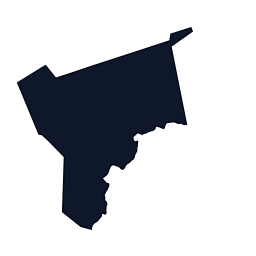 Arraial, Piauí, Brazil, rotated 342°
{"feature_id": "56859067B29996429726150", "entity_name": "Arraial", "entity_type": "district", "adm_level": 2, "iso_a3": "BRA", "parent_name": "Brazil", "parent_adm1": "Piauí", "projection": "albers", "projection_center": [-42.507, -6.65], "detail": "fine", "context": "isolated", "style": "filled", "palette": "ink", "viewbox_px": 256, "rotation_deg": 342, "n_neighbors": 0, "source": "geoboundaries", "source_scale": "gbopen_adm2", "svg_char_len": 1430}
<svg xmlns="http://www.w3.org/2000/svg" viewBox="0 0 256 256"><g transform="rotate(342 128 128)"><path d="M37.1,50.9L41.5,106.3L44.2,107.6L48.5,115.1L58.7,135.7L53.5,150.1L50.2,159.3L40.0,187.5L52.8,206.9L61.8,212.8L62.6,211.0L64.1,209.3L66.1,207.8L68.0,207.4L70.4,206.7L72.0,205.5L73.5,204.7L75.4,203.4L76.0,201.3L78.3,201.3L79.5,202.7L81.0,201.7L81.0,199.6L82.2,197.3L82.7,195.7L84.3,193.6L84.2,191.5L83.2,189.5L84.2,187.1L84.4,184.2L86.2,182.5L87.2,181.3L88.8,180.1L90.3,178.4L91.9,176.7L92.0,175.0L90.4,174.2L89.7,172.7L88.6,170.2L87.6,167.6L89.8,167.0L92.6,166.0L94.1,165.1L95.6,163.5L97.3,161.2L99.2,159.0L101.4,158.0L103.7,158.7L106.5,160.9L108.0,162.4L109.5,165.2L111.1,165.4L112.5,164.3L113.6,163.1L115.3,161.8L117.2,161.4L119.7,160.5L121.0,159.5L122.9,159.2L124.8,157.5L126.0,155.4L127.8,153.7L129.2,152.3L129.6,150.3L131.1,148.0L132.8,143.7L130.9,143.6L129.3,142.9L129.3,140.2L129.7,137.8L132.5,136.6L135.7,135.2L137.7,136.7L139.7,138.4L141.4,137.6L143.0,138.3L144.7,137.8L148.0,137.6L150.6,137.8L152.9,137.3L154.1,135.6L155.8,134.6L158.8,136.9L160.0,138.0L161.9,139.4L163.0,138.1L164.1,136.5L165.2,135.5L166.6,134.6L168.7,135.2L171.0,135.5L172.5,135.9L174.3,136.4L175.7,137.8L177.6,139.2L180.3,139.6L181.4,141.1L182.8,142.1L184.7,142.4L194.0,63.5L218.9,55.8L218.7,52.2L197.9,52.1L194.9,58.1L130.5,58.2L112.7,58.2L104.8,58.3L74.6,58.5L68.8,43.2L37.1,50.9Z" fill="#0f172a" stroke="#020617" stroke-width="1.5"/></g></svg>